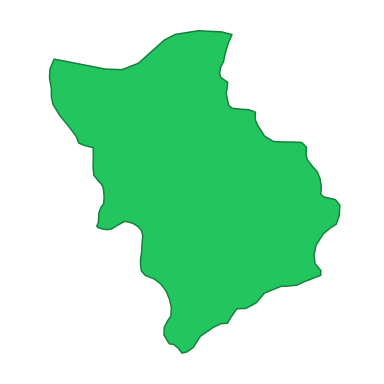 SVG path tracing the border of Bitola, rotated 183°
{"feature_id": "MKD-2896", "entity_name": "Bitola", "entity_type": "Statistical Region", "adm_level": 1, "iso_a3": "MKD", "parent_name": "North Macedonia", "parent_adm1": "", "projection": "mercator", "projection_center": [21.29, 41.04], "detail": "fine", "context": "isolated", "style": "filled", "palette": "green", "viewbox_px": 384, "rotation_deg": 183, "n_neighbors": 0, "source": "natural_earth", "source_scale": "10m", "svg_char_len": 1641}
<svg xmlns="http://www.w3.org/2000/svg" viewBox="0 0 384 384"><g transform="rotate(183 192 192)"><path d="M336.6,317.5L284.9,310.2L268.3,310.5L252.2,317.8L227.5,342.4L217.0,348.5L194.0,353.4L170.6,353.4L160.4,351.3L160.4,351.2L162.5,344.9L163.3,343.7L165.8,333.4L167.4,323.6L169.9,318.1L170.7,312.1L169.1,307.8L162.1,303.4L162.9,291.9L160.0,280.5L156.3,277.7L146.8,277.2L139.8,277.2L132.8,275.0L132.8,268.0L129.9,262.0L122.5,251.6L113.4,246.7L104.0,246.7L92.4,247.2L85.0,247.2L80.1,242.8L80.1,235.7L78.5,230.3L73.9,224.8L68.1,218.8L64.9,212.3L63.2,204.6L63.2,196.4L60.2,194.0L48.4,191.9L43.7,186.5L43.7,176.2L46.3,167.4L52.0,163.3L58.7,157.1L65.3,145.5L66.9,135.2L65.3,127.0L59.2,120.2L59.2,115.4L59.5,115.3L66.9,112.0L76.1,107.9L82.3,104.5L91.1,103.1L98.3,102.4L107.0,98.3L114.3,94.9L122.0,84.7L132.3,78.5L141.0,77.8L146.2,69.6L149.8,62.7L156.0,62.1L163.7,57.9L176.1,48.4L182.7,36.7L188.9,31.9L190.2,31.6L193.5,30.6L197.7,35.4L202.3,38.8L206.6,39.2L207.6,40.3L212.6,47.9L212.6,55.4L209.9,61.6L206.6,66.9L206.6,75.8L208.9,83.7L212.6,91.7L218.6,98.8L225.2,103.2L234.3,106.3L238.3,110.3L239.6,116.5L239.9,122.2L239.2,128.9L239.2,137.3L238.9,146.1L240.6,151.0L243.9,154.5L249.3,157.6L254.6,158.9L258.2,158.9L265.2,154.5L270.2,151.0L273.6,150.1L277.9,150.1L283.6,151.4L285.3,152.9L283.9,156.8L283.9,166.1L282.3,171.5L279.8,175.3L279.4,181.8L280.7,191.0L282.7,194.8L285.9,198.0L290.8,203.4L292.1,211.6L292.5,224.0L292.9,231.1L301.1,232.7L307.6,234.9L310.5,241.4L319.1,251.7L328.0,261.4L335.4,272.2L337.4,279.8L337.9,287.9L340.3,298.7L340.3,306.8L340.1,307.9L336.7,317.3L336.6,317.5Z" fill="#22c55e" stroke="#15803d" stroke-width="1.5"/></g></svg>